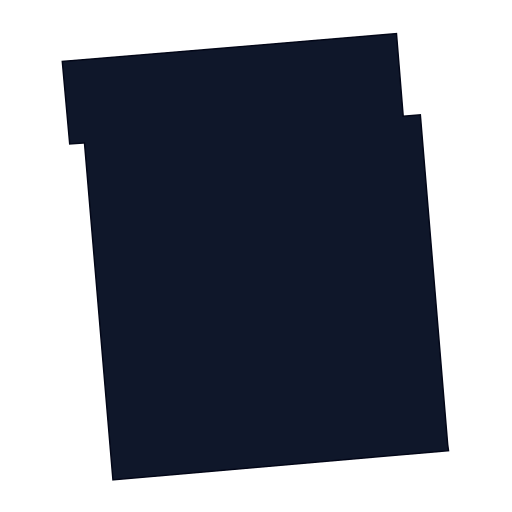 the district of Steele, North Dakota, United States of America, rotated 175°
{"feature_id": "52423323B76546880879751", "entity_name": "Steele", "entity_type": "district", "adm_level": 2, "iso_a3": "USA", "parent_name": "United States of America", "parent_adm1": "North Dakota", "projection": "mercator", "projection_center": [-97.732, 47.456], "detail": "fine", "context": "isolated", "style": "filled", "palette": "ink", "viewbox_px": 512, "rotation_deg": 175, "n_neighbors": 0, "source": "geoboundaries", "source_scale": "gbopen_adm2", "svg_char_len": 317}
<svg xmlns="http://www.w3.org/2000/svg" viewBox="0 0 512 512"><g transform="rotate(175 256 256)"><path d="M264.6,465.9L432.0,466.7L431.8,383.9L417.0,383.6L418.0,45.5L402.5,45.5L148.5,45.4L81.2,45.3L81.5,51.4L80.0,382.3L97.2,382.4L96.7,465.3L264.6,465.9Z" fill="#0f172a" stroke="#020617" stroke-width="1.5"/></g></svg>